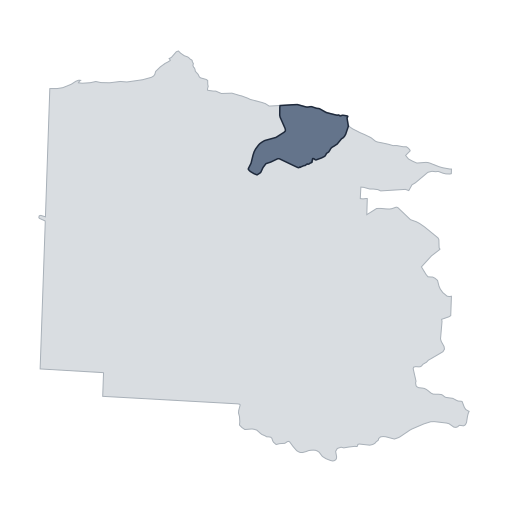 where Gedarif sits in Sudan, rotated 272°
{"feature_id": "SDN-876", "entity_name": "Gedarif", "entity_type": "State", "adm_level": 1, "iso_a3": "SDN", "parent_name": "Sudan", "parent_adm1": "", "projection": "equal_earth", "projection_center": [34.825, 14.186], "detail": "fine", "context": "in_parent", "style": "filled", "palette": "slate", "viewbox_px": 512, "rotation_deg": 272, "n_neighbors": 0, "source": "natural_earth", "source_scale": "10m", "svg_char_len": 5710}
<svg xmlns="http://www.w3.org/2000/svg" viewBox="0 0 512 512"><g transform="rotate(272 256 256)"><path d="M349.7,448.3L345.1,448.3L344.7,446.9L344.7,442.9L345.3,439.9L346.9,435.2L346.5,432.6L346.8,428.9L345.6,424.8L334.7,412.7L332.6,409.4L326.7,406.4L327.8,403.0L325.4,378.3L326.6,375.5L327.0,371.2L326.9,367.4L328.4,361.1L328.5,358.4L317.0,358.2L316.8,361.0L317.3,364.0L317.3,365.2L301.2,365.3L307.7,374.9L307.9,379.2L307.6,384.4L307.6,387.8L308.0,390.0L309.7,394.4L309.6,395.2L309.2,396.2L297.7,409.1L295.8,415.1L294.3,418.2L290.9,423.5L280.4,437.3L278.7,438.2L270.8,438.7L270.0,439.0L269.4,439.6L269.0,439.5L262.3,431.4L250.9,421.7L243.3,426.7L241.2,428.6L241.1,433.3L240.0,435.7L237.9,438.3L232.3,439.9L229.4,441.3L225.9,444.0L222.5,448.4L222.2,450.7L222.6,452.7L203.2,452.7L202.0,451.0L199.2,443.7L197.2,444.2L179.6,443.3L177.1,444.1L172.1,447.1L169.5,447.6L166.9,446.2L157.8,431.8L155.8,430.1L153.7,426.7L151.8,425.2L151.1,424.1L150.9,422.6L151.0,419.4L150.4,417.4L148.9,417.0L136.4,420.3L134.7,419.9L132.0,420.5L131.1,421.1L130.1,423.0L129.8,427.0L129.5,428.9L128.5,431.1L124.9,436.0L124.1,438.1L124.2,443.5L124.0,446.2L123.4,447.4L121.8,449.5L121.3,450.7L120.6,457.6L118.6,461.7L118.1,463.2L118.0,466.2L117.7,467.1L112.0,469.5L109.9,471.0L108.6,473.4L108.2,474.4L105.8,473.5L102.8,472.9L96.9,472.2L94.6,471.1L93.5,469.4L93.9,465.3L93.3,464.4L92.4,463.6L91.7,461.8L91.9,459.7L95.1,454.8L95.7,452.3L96.7,440.2L96.5,436.5L94.1,429.7L88.6,418.0L87.3,415.8L80.3,406.2L79.5,404.8L77.9,400.7L79.9,391.8L80.0,389.4L79.6,386.8L77.8,384.9L76.3,384.7L74.2,382.3L72.9,381.3L71.7,379.2L70.9,376.3L71.7,365.8L71.3,364.4L69.5,364.0L69.1,363.3L69.2,361.3L68.3,355.3L67.3,350.4L67.9,347.7L66.5,344.0L63.6,342.4L58.0,343.6L56.2,343.4L55.1,342.7L54.2,341.4L53.8,339.8L54.3,337.4L55.9,332.9L58.0,329.3L62.1,326.0L63.2,324.2L63.9,322.3L64.0,320.0L63.8,317.7L63.4,315.5L62.2,312.6L61.2,309.3L61.2,307.0L61.8,305.4L62.9,303.4L67.0,299.6L71.1,296.4L71.9,295.3L71.6,293.9L69.8,291.3L69.3,286.2L68.3,282.7L70.5,280.0L72.0,279.1L74.4,278.2L75.4,277.1L75.7,275.0L75.7,272.9L76.6,271.4L77.8,268.2L78.8,266.7L82.0,262.9L82.7,260.4L83.0,258.1L82.2,250.9L84.1,247.9L86.5,245.4L89.8,245.6L94.9,245.1L98.5,244.0L101.0,244.1L106.6,245.4L107.3,244.8L107.6,242.9L110.4,107.7L133.8,107.7L134.1,107.5L135.6,44.2L282.5,44.2L283.7,44.0L286.1,38.1L287.1,37.6L288.6,38.0L289.1,39.4L287.8,44.2L416.1,44.1L416.4,51.4L417.5,57.1L421.2,65.4L424.3,69.8L425.4,72.3L425.5,73.4L425.4,74.5L424.4,73.3L422.9,72.5L422.6,76.3L423.4,84.3L424.8,89.8L423.9,95.0L424.0,103.7L425.7,114.2L425.4,120.9L428.2,136.5L430.9,145.2L432.3,147.4L433.9,148.5L437.0,149.3L441.6,153.7L445.3,158.4L446.6,160.8L448.4,163.5L449.6,163.0L450.3,162.3L451.5,164.5L457.3,169.2L458.2,171.3L456.1,173.5L453.7,177.2L452.6,180.6L452.0,181.7L450.1,183.8L449.8,184.8L448.9,185.5L448.1,185.5L446.1,186.7L444.3,186.3L442.5,187.0L441.9,187.8L440.5,188.5L438.5,188.9L435.5,191.8L432.9,193.2L432.1,194.4L430.7,200.1L429.7,201.6L425.8,201.8L423.9,202.3L421.4,201.7L420.1,201.7L419.8,203.0L419.3,207.9L419.4,210.0L417.2,215.7L417.9,226.3L415.8,234.2L415.5,236.0L413.4,242.3L412.3,244.7L409.7,256.4L408.6,260.1L406.3,263.9L408.8,292.2L406.8,300.9L406.9,305.6L405.6,312.6L404.5,315.9L402.8,319.8L401.3,324.2L400.1,329.9L399.2,340.9L398.8,341.9L391.9,343.2L389.7,344.0L388.3,345.2L386.5,348.0L382.9,355.7L381.1,360.4L378.2,366.9L374.8,371.5L374.1,373.7L373.5,377.8L372.3,384.4L371.1,389.1L371.3,392.8L370.3,399.3L370.4,402.5L369.2,404.3L367.6,405.9L366.5,406.4L361.7,402.0L358.3,405.0L356.2,409.2L354.5,413.5L355.5,422.5L355.4,424.5L354.9,426.6L351.7,435.5L350.7,439.6L349.7,446.6L349.7,448.3Z" fill="#d9dde1" stroke="#a8b0b8" stroke-width="1"/><path d="M406.8,307.8L405.8,311.0L405.7,311.7L405.6,313.5L405.4,314.4L401.8,321.2L399.5,331.9L399.5,332.5L399.7,333.1L399.8,333.3L399.8,333.6L399.6,334.1L399.2,334.6L399.0,335.1L399.0,335.8L399.6,337.1L399.7,337.6L399.7,338.4L399.2,342.0L399.0,342.7L398.6,342.9L398.0,342.6L397.7,342.5L397.6,342.3L397.4,342.2L397.1,342.2L396.9,342.2L389.7,343.6L389.0,343.8L380.9,341.4L378.6,340.2L377.7,339.4L376.9,338.6L376.3,337.6L375.9,337.2L370.8,333.3L370.5,333.0L369.8,331.9L368.6,330.3L367.7,328.8L367.3,328.2L366.3,327.2L365.7,326.8L365.3,326.6L365.0,326.5L362.8,325.2L362.4,324.9L362.3,324.7L362.1,324.5L361.4,323.4L361.1,323.1L360.9,322.8L360.6,322.7L359.7,322.3L358.7,321.7L358.1,321.3L356.3,318.1L354.9,314.6L354.3,313.2L354.2,312.9L354.1,312.6L354.1,312.3L354.2,311.9L354.3,311.7L354.6,311.2L354.9,311.1L355.0,310.9L355.2,310.6L355.3,310.3L355.4,310.0L355.4,309.7L355.3,309.2L355.1,309.2L354.9,309.2L354.6,309.3L354.3,309.3L354.1,309.2L353.9,308.8L353.8,308.7L353.6,308.7L353.2,309.0L352.9,309.0L352.6,308.9L352.2,308.5L351.9,308.3L351.6,308.6L351.3,308.3L350.5,306.5L350.3,306.3L350.1,306.2L349.8,305.7L349.7,305.3L349.5,304.8L349.5,304.6L349.7,304.4L349.8,304.3L349.8,304.1L349.7,303.9L349.5,303.5L348.5,302.4L348.2,302.0L348.1,301.7L348.0,300.8L348.0,300.7L347.9,300.6L347.7,300.1L347.5,299.7L346.7,298.0L346.6,297.8L346.2,297.3L346.2,297.1L346.2,296.9L346.4,296.9L346.5,296.8L346.4,296.7L346.1,296.4L346.0,296.1L345.8,295.8L345.7,295.2L346.3,293.6L354.0,275.9L354.0,274.6L353.8,274.0L350.4,267.5L348.7,262.9L348.6,262.7L344.6,259.9L339.9,257.9L339.2,257.3L337.1,254.2L338.2,251.1L340.3,247.3L341.5,246.0L342.4,245.3L343.1,245.3L348.5,247.8L356.7,249.5L360.1,250.5L363.0,251.9L366.9,254.6L368.2,255.7L369.2,256.9L370.1,258.1L371.5,260.3L371.9,261.3L375.2,271.8L380.7,279.8L381.9,280.9L382.9,281.0L384.3,280.7L395.5,275.3L397.5,274.8L405.8,274.6L407.2,274.8L407.5,277.9L407.9,282.0L408.3,286.0L408.8,292.0L406.7,300.8L406.6,301.5L406.6,302.3L406.7,303.1L407.1,304.7L407.2,306.3L406.8,307.8Z" fill="#64748b" stroke="#1e293b" stroke-width="1.5"/></g></svg>